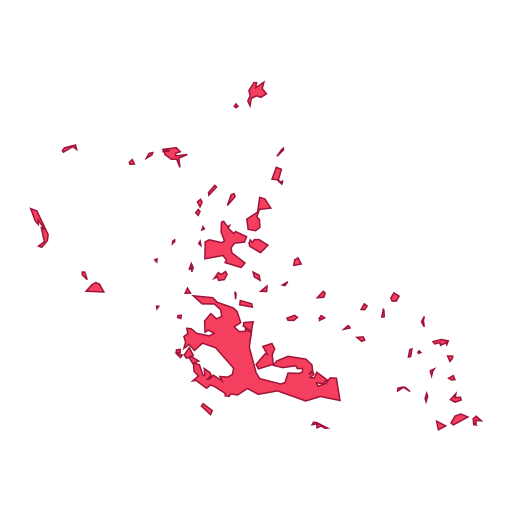 outline of Dahlak, Semenawi Keyih Bahri, Eritrea
{"feature_id": "51966322B75113483561318", "entity_name": "Dahlak", "entity_type": "district", "adm_level": 2, "iso_a3": "ERI", "parent_name": "Eritrea", "parent_adm1": "Semenawi Keyih Bahri", "projection": "mercator", "projection_center": [40.14, 15.965], "detail": "fine", "context": "isolated", "style": "filled", "palette": "rose", "viewbox_px": 512, "rotation_deg": 0, "n_neighbors": 0, "source": "geoboundaries", "source_scale": "gbopen_adm2", "svg_char_len": 6151}
<svg xmlns="http://www.w3.org/2000/svg" viewBox="0 0 512 512"><path d="M215.8,347.9L233.6,368.3L232.4,374.4L227.7,377.1L219.9,376.5L222.1,380.9L213.4,375.2L209.4,379.1L207.4,379.3L211.3,375.4L209.9,372.5L204.2,368.5L204.9,374.9L203.2,375.6L199.4,364.8L194.0,363.1L198.7,361.0L191.1,356.5L189.2,357.9L193.6,364.8L194.0,371.3L198.4,375.9L192.8,380.9L195.9,380.4L206.6,388.3L210.4,385.0L214.3,386.4L225.3,393.4L225.2,395.8L229.1,396.4L230.7,393.9L237.6,395.0L247.4,388.5L258.2,394.3L277.6,390.9L305.7,401.0L320.3,396.5L340.0,400.5L336.4,378.2L330.1,377.9L326.0,383.4L318.0,386.2L316.5,382.7L322.7,383.7L327.1,379.9L316.8,372.3L314.4,378.0L310.4,377.4L314.0,374.2L312.8,371.6L308.9,374.6L312.6,370.3L311.9,364.8L305.8,359.1L288.1,356.3L276.5,361.1L273.6,365.4L282.6,367.6L295.8,365.8L297.3,368.6L302.4,368.5L302.5,371.9L298.9,373.4L288.0,373.0L285.0,382.6L280.5,384.0L259.7,378.6L256.0,372.5L249.3,347.1L251.6,331.4L250.1,331.7L248.4,331.2L247.3,330.5L245.6,329.0L245.0,331.4L239.1,331.6L234.2,326.9L240.7,322.6L237.1,311.5L233.3,307.9L217.3,302.3L212.7,297.7L193.3,295.8L202.1,303.9L214.4,304.0L220.6,309.7L221.8,316.4L216.5,318.8L210.8,313.6L204.6,321.0L205.0,332.2L208.1,330.2L214.3,333.2L209.2,335.9L196.6,333.3L191.2,328.7L186.8,328.3L187.8,333.7L183.9,336.5L185.6,342.1L183.9,348.4L189.2,344.4L194.4,350.5L202.6,343.1L215.8,347.9ZM227.4,226.7L223.6,221.2L221.5,222.2L221.1,232.0L224.5,241.0L221.7,242.6L209.2,239.8L205.2,241.8L204.9,258.8L222.8,255.5L226.5,259.9L225.1,262.6L241.1,267.5L245.0,263.0L231.9,252.9L231.1,247.9L234.4,243.2L244.4,242.1L246.6,236.7L235.5,231.5L233.7,233.5L228.2,228.2L229.5,225.6L227.4,226.7ZM270.8,208.1L264.8,198.9L259.7,197.4L257.6,212.1L246.8,219.1L248.1,229.3L255.6,230.7L259.9,227.4L259.4,219.5L256.8,216.9L259.4,209.4L270.8,208.1ZM271.9,343.5L262.9,346.4L267.2,354.4L265.0,353.9L256.1,364.4L258.4,368.9L273.3,364.3L272.2,354.9L274.7,348.7L271.9,343.5ZM256.6,82.7L254.0,82.6L248.9,90.6L250.2,95.9L247.8,101.0L250.0,105.8L251.3,98.5L256.5,95.8L260.9,97.4L266.5,93.8L262.2,88.6L263.9,82.2L255.6,87.8L256.6,82.7ZM176.2,147.7L161.9,149.5L167.5,149.8L169.7,151.3L164.2,150.7L162.5,152.0L166.5,151.2L164.5,151.6L165.0,154.5L171.4,159.3L176.6,159.1L179.9,167.4L178.8,158.2L187.4,154.5L175.5,155.9L175.8,153.2L180.3,151.7L176.2,147.7ZM36.9,211.0L30.7,208.6L35.4,221.3L38.4,224.5L38.3,220.0L44.5,229.2L41.3,227.7L44.4,241.6L38.5,246.1L41.7,247.4L47.4,240.6L48.1,234.6L36.9,211.0ZM259.1,239.6L254.4,239.6L252.3,242.4L250.3,239.9L249.0,243.3L249.8,246.3L260.5,252.7L267.9,245.2L259.1,239.6ZM95.8,282.6L92.0,284.6L86.1,291.2L103.8,292.0L99.5,284.1L95.8,282.6ZM460.8,414.0L455.0,416.1L451.1,422.9L453.4,424.9L467.9,417.0L460.8,414.0ZM281.4,169.3L276.3,167.3L272.0,179.2L277.0,179.7L281.8,184.1L282.9,180.6L281.2,182.3L278.3,180.1L281.4,169.3ZM253.1,321.8L243.9,322.6L243.2,326.0L251.4,331.1L253.1,321.8ZM227.1,274.3L225.4,271.5L221.3,274.5L218.3,272.6L214.2,278.4L217.6,276.9L218.6,280.4L224.3,279.6L227.1,274.3ZM251.7,303.8L240.3,300.5L239.7,304.8L252.4,307.1L251.7,303.8ZM396.2,301.1L399.1,296.2L394.0,292.9L390.8,298.0L392.1,301.0L396.2,301.1ZM212.2,410.6L203.2,403.7L201.4,406.1L210.5,414.6L212.2,410.6ZM189.3,347.5L184.2,355.0L186.5,358.3L193.3,355.5L189.3,347.5ZM455.2,397.7L455.9,393.6L450.4,399.6L455.0,402.2L461.1,400.0L460.4,397.2L455.2,397.7ZM445.7,425.9L436.6,421.2L438.4,429.8L445.7,425.9ZM298.1,257.9L294.7,259.9L293.8,265.4L301.2,264.0L298.1,257.9ZM440.6,345.3L447.8,341.9L446.1,343.1L446.8,344.7L448.3,340.9L441.5,339.5L433.0,341.6L434.8,343.9L439.8,342.6L440.6,345.3ZM227.4,205.5L235.1,196.6L234.0,193.6L231.2,194.7L227.4,205.5ZM316.8,422.6L313.6,422.2L312.1,424.7L317.3,423.7L319.3,424.4L316.8,424.2L317.0,427.8L321.1,426.0L324.7,428.2L327.5,428.1L316.8,422.6ZM253.1,272.1L254.3,276.9L260.1,280.3L259.1,275.2L253.1,272.1ZM75.5,145.0L64.5,147.8L62.3,150.7L63.4,152.2L72.7,146.6L76.6,149.4L75.5,145.0ZM297.4,317.3L294.5,315.3L287.0,318.1L288.0,320.3L293.9,320.4L297.4,317.3ZM367.1,306.0L364.3,303.8L361.1,309.5L364.7,309.7L367.1,306.0ZM208.9,195.2L216.5,187.1L214.8,185.3L208.5,192.5L208.9,195.2ZM481.3,420.8L476.2,416.2L473.2,418.8L473.7,424.7L475.7,424.9L473.9,423.3L476.0,424.0L476.0,420.4L481.3,420.8ZM200.0,206.8L202.1,202.2L200.6,199.3L197.4,201.8L200.0,206.8ZM454.9,379.6L453.3,375.6L448.6,378.2L451.5,380.0L454.9,379.6ZM266.6,291.5L267.0,286.0L260.7,291.3L266.6,291.5ZM424.2,326.8L423.4,320.3L424.4,316.4L421.4,321.8L424.2,326.8ZM325.2,293.3L323.3,291.3L317.3,297.7L323.7,297.3L325.2,293.3ZM364.7,340.1L363.2,336.9L356.9,337.4L361.7,341.3L364.7,340.1ZM404.9,387.2L402.5,387.1L397.8,388.3L397.6,391.0L403.5,387.3L410.1,391.5L404.9,387.2ZM193.2,267.5L191.3,263.5L189.0,269.8L191.3,267.7L191.8,271.8L193.2,267.5ZM198.2,215.4L200.0,211.4L198.2,209.4L195.7,212.8L198.2,215.4ZM84.8,272.1L82.2,272.1L82.3,274.9L87.2,279.6L84.8,272.1ZM190.5,293.1L187.5,288.1L185.1,293.2L190.5,293.1ZM152.8,152.6L149.0,153.4L146.4,158.3L152.0,154.9L152.8,152.6ZM452.7,356.1L447.6,356.0L449.9,361.4L452.4,358.5L452.7,356.1ZM384.3,316.8L383.9,310.1L383.3,309.4L381.8,317.1L384.3,316.8ZM134.4,164.0L132.2,159.6L129.3,162.4L129.9,164.3L134.4,164.0ZM411.9,349.0L409.8,349.6L408.4,357.1L410.7,356.5L411.9,349.0ZM431.6,375.8L432.8,371.2L434.3,368.9L430.2,370.8L431.6,375.8ZM426.1,401.7L427.7,396.3L426.6,393.3L425.1,398.5L426.1,401.7ZM324.7,317.9L321.2,315.6L318.7,319.1L320.0,318.0L319.5,320.4L324.7,317.9ZM285.0,285.6L287.8,281.8L282.4,285.0L285.0,285.6ZM234.9,291.8L235.6,299.2L236.1,293.8L234.9,291.8ZM180.1,349.3L176.5,349.9L176.2,352.7L180.3,352.7L180.1,349.3ZM343.8,329.3L350.0,328.0L349.4,326.5L348.0,325.6L343.8,329.3ZM182.3,355.0L176.7,353.9L180.5,357.6L182.3,355.0ZM238.0,106.3L235.9,103.9L234.3,106.4L236.0,107.7L238.0,106.3ZM181.2,315.2L178.0,315.6L177.6,317.4L180.8,318.5L181.2,315.2ZM157.0,308.8L158.7,306.3L156.5,306.2L157.0,308.8ZM201.9,230.0L204.4,228.9L203.0,226.7L201.9,230.0ZM277.0,156.3L283.4,149.9L283.4,148.2L281.3,150.0L277.0,156.3ZM154.7,259.9L156.7,262.0L157.0,258.9L154.7,259.9ZM419.2,350.8L417.8,352.3L418.9,353.5L420.9,352.6L419.2,350.8ZM198.7,243.7L200.9,245.5L200.1,241.2L198.7,243.7ZM172.4,243.8L174.8,241.4L174.6,239.8L172.8,241.1L172.4,243.8Z" fill="#f43f5e" stroke="#9f1239" stroke-width="1.5"/></svg>